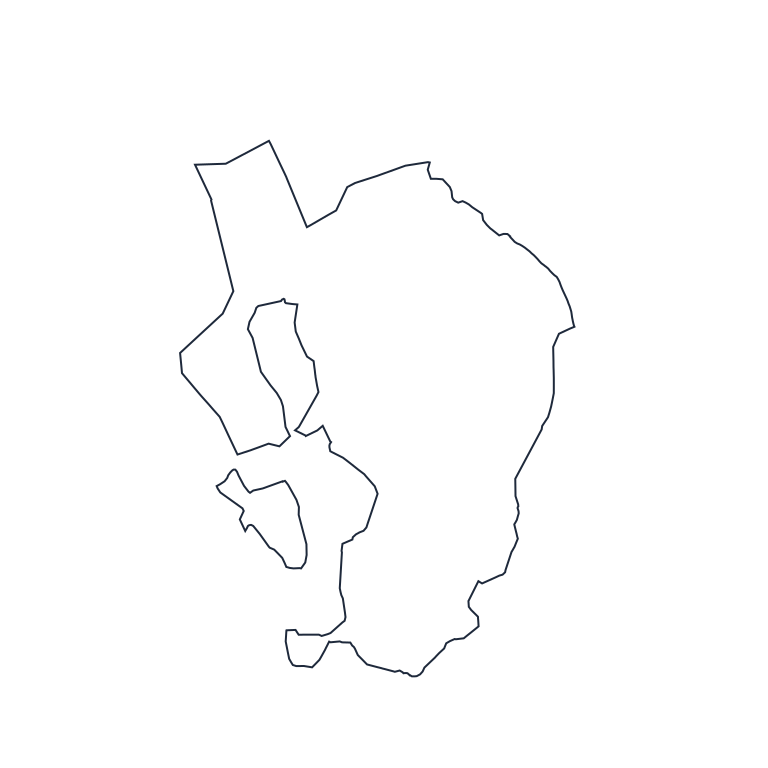 Hobeish, Ibb, Yemen (Albers equal-area conic projection), rotated 335°
{"feature_id": "15242507B62921910319151", "entity_name": "Hobeish", "entity_type": "district", "adm_level": 2, "iso_a3": "YEM", "parent_name": "Yemen", "parent_adm1": "Ibb", "projection": "albers", "projection_center": [44.071, 14.118], "detail": "fine", "context": "isolated", "style": "outline", "palette": "slate", "viewbox_px": 768, "rotation_deg": 335, "n_neighbors": 0, "source": "geoboundaries", "source_scale": "gbopen_adm2", "svg_char_len": 5315}
<svg xmlns="http://www.w3.org/2000/svg" viewBox="0 0 768 768"><g transform="rotate(335 384 384)"><path d="M305.4,105.4L305.6,143.9L304.8,144.6L286.7,236.2L267.5,252.1L264.9,252.9L235.4,262.3L212.3,269.7L208.2,281.3L205.5,288.8L206.6,292.9L210.0,305.5L210.5,307.4L212.5,314.8L213.5,318.3L216.2,327.2L218.7,335.9L221.2,344.3L221.3,351.4L221.3,364.7L221.4,386.0L235.2,387.7L236.6,387.8L243.3,388.4L254.2,389.3L262.9,396.3L276.8,391.5L276.7,388.9L276.7,386.4L276.6,381.3L281.2,367.1L283.0,361.5L283.8,354.9L283.0,346.8L280.6,337.3L277.6,320.9L278.1,318.5L284.4,286.7L283.8,276.8L288.4,270.8L296.9,264.8L300.5,261.0L303.1,260.2L305.7,260.8L325.7,265.3L327.2,264.4L329.1,264.4L329.6,265.2L329.2,266.8L328.8,268.1L329.3,269.3L334.9,272.9L339.1,275.3L329.0,290.5L326.2,299.2L326.0,307.0L325.6,314.1L325.8,326.6L329.9,333.5L328.5,337.7L327.9,339.6L327.2,341.9L325.5,346.9L325.5,347.1L324.9,348.8L322.6,357.4L321.2,363.6L318.0,366.1L290.2,385.9L288.6,387.0L283.8,388.4L291.1,397.5L291.1,398.1L303.9,397.9L310.8,396.0L311.0,413.3L311.5,414.3L309.5,415.5L308.5,416.7L307.8,418.3L306.9,422.3L315.7,433.5L319.4,440.6L324.5,450.8L328.0,457.4L328.6,459.8L332.4,472.8L331.8,480.8L326.5,486.4L317.5,495.9L310.2,503.6L307.7,506.3L307.4,506.6L303.4,508.4L298.8,508.1L298.6,508.2L295.1,508.4L291.0,509.7L289.6,511.6L279.5,511.3L278.8,511.3L275.4,516.7L275.0,517.3L274.7,518.8L257.6,550.4L256.7,554.2L256.1,557.3L256.1,560.0L256.1,560.9L252.0,574.7L250.6,579.0L248.2,582.0L245.6,582.5L230.3,587.1L227.2,586.9L221.0,586.0L220.6,585.5L219.0,583.6L216.6,582.5L210.5,579.7L205.6,577.4L200.7,575.2L199.9,569.5L191.5,566.0L191.4,566.1L186.1,575.8L184.0,584.3L183.6,585.9L183.0,588.4L181.9,593.0L182.2,596.5L182.6,600.1L185.3,602.6L192.2,605.7L199.1,610.4L204.2,608.5L208.9,606.7L211.9,604.6L218.1,600.1L219.8,598.7L222.0,597.0L225.4,594.3L226.4,595.5L235.1,598.6L236.8,600.4L244.2,604.1L244.4,605.7L244.6,607.3L244.7,607.8L245.5,609.4L245.8,611.5L245.7,618.5L245.9,619.1L246.5,620.8L247.8,624.4L250.1,631.0L258.9,638.3L259.3,638.6L259.9,639.1L261.4,640.3L262.5,641.3L264.0,642.5L271.2,648.5L272.2,649.4L275.4,650.0L277.1,650.3L279.1,653.2L279.4,654.4L280.2,654.6L281.9,655.3L283.1,656.1L284.2,658.8L284.4,658.7L285.1,659.8L285.7,660.7L288.2,661.9L290.2,662.6L294.0,662.4L297.5,660.9L300.8,658.1L314.8,653.4L315.6,653.0L320.2,651.2L326.8,649.1L327.7,648.2L330.8,645.3L335.1,644.9L340.3,645.0L341.2,645.7L346.1,647.3L348.8,648.2L353.1,647.1L357.3,646.1L365.8,644.0L367.3,643.6L368.5,640.6L369.7,637.5L370.1,636.3L370.4,635.7L370.8,634.6L367.5,625.7L366.7,621.8L368.8,616.4L369.2,616.1L386.2,602.6L388.6,606.2L403.1,606.4L407.1,606.4L407.6,606.4L410.9,606.9L414.2,605.8L415.6,603.9L428.6,590.1L430.1,589.1L432.9,587.1L433.4,586.8L436.8,583.6L439.2,581.4L439.9,580.8L440.3,578.3L440.9,575.6L441.3,573.4L442.7,566.4L443.1,566.0L444.4,565.2L447.0,563.3L449.8,560.0L451.4,558.2L452.2,556.1L452.6,552.9L453.1,552.2L454.0,551.7L454.7,549.9L455.8,541.2L459.5,533.0L462.9,525.4L507.7,491.8L509.6,488.9L518.6,483.4L521.7,480.0L525.9,475.1L528.6,471.5L531.1,468.1L534.0,464.1L537.2,457.3L540.4,450.4L543.6,443.1L544.7,440.5L546.7,436.1L547.3,434.8L551.7,424.8L551.9,424.4L553.0,421.9L563.8,412.4L571.7,412.4L576.1,412.4L580.7,412.6L580.8,412.6L580.8,412.3L580.8,411.5L581.2,409.2L581.8,406.4L582.0,405.7L582.5,403.6L582.6,403.2L582.9,402.2L583.5,400.3L584.3,397.6L584.7,394.9L585.1,392.0L585.2,389.3L585.3,388.2L585.5,386.6L585.6,383.8L585.6,380.5L585.6,378.8L585.6,377.4L585.6,374.9L585.6,374.6L585.7,371.6L585.9,368.7L586.2,365.7L586.1,362.6L585.8,359.9L584.4,357.4L584.0,356.4L583.3,354.6L582.3,351.7L581.6,348.8L580.4,346.2L580.0,345.5L579.9,345.4L579.7,345.0L579.1,343.7L577.9,341.6L577.6,341.0L576.7,338.3L576.0,335.7L575.1,333.0L574.2,330.5L573.0,328.0L572.0,325.3L570.7,322.8L569.5,320.4L569.3,320.0L567.6,317.2L566.0,314.9L564.1,312.9L562.5,310.4L561.7,307.8L560.8,305.1L560.4,303.6L560.7,303.4L559.3,300.3L558.8,300.0L558.4,299.8L556.0,298.6L555.8,298.5L551.2,298.0L547.6,290.8L547.5,290.5L546.1,287.9L544.4,283.2L543.1,277.4L543.6,275.6L544.8,271.3L544.1,269.9L538.7,261.1L536.8,257.1L534.7,254.1L532.5,251.5L527.9,251.0L525.7,248.3L524.7,245.8L524.7,243.6L526.7,237.8L526.9,233.3L525.3,228.3L523.7,223.3L517.9,220.0L513.2,217.8L514.2,208.3L519.1,202.6L517.6,201.5L495.7,195.2L491.4,194.8L483.4,194.1L469.3,192.8L465.7,192.5L452.3,190.8L442.7,189.6L433.9,190.0L414.0,206.5L404.8,207.2L384.7,209.0L380.4,209.3L380.4,209.1L382.8,156.3L382.9,155.4L382.9,150.9L382.8,140.2L382.7,118.8L382.5,115.0L333.7,117.5L305.4,105.4ZM215.7,424.3L214.1,417.2L213.9,413.3L213.5,405.4L213.7,401.5L213.1,398.8L211.5,398.0L209.9,398.2L207.3,399.2L204.2,400.9L202.2,402.9L198.4,404.8L192.9,405.6L189.2,405.8L189.1,408.4L189.8,413.1L197.0,425.9L203.2,436.9L203.2,437.6L203.2,439.8L196.1,445.8L196.1,447.6L196.1,447.8L196.1,458.6L199.0,456.6L200.6,455.2L201.6,455.0L203.1,455.2L204.1,455.6L205.5,457.4L208.0,467.4L210.8,482.4L211.2,484.0L214.5,487.7L216.1,492.2L218.3,498.6L218.3,501.6L218.3,502.1L218.3,504.2L218.2,507.7L218.2,508.6L218.4,508.7L220.9,510.9L224.1,512.9L227.5,514.3L229.7,515.2L230.9,516.1L237.2,512.5L241.6,506.3L246.0,496.4L251.4,466.5L254.9,459.5L255.7,452.0L254.5,435.1L253.7,431.3L253.3,429.9L250.9,429.7L250.9,429.3L235.4,427.9L231.9,427.6L229.9,427.4L220.5,425.3L216.6,426.0L215.7,424.3Z" fill="none" stroke="#1e293b" stroke-width="2"/></g></svg>